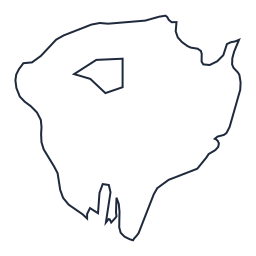 outline of Pampanga
{"feature_id": "PHL-2558", "entity_name": "Pampanga", "entity_type": "Province", "adm_level": 1, "iso_a3": "PHL", "parent_name": "Philippines", "parent_adm1": "", "projection": "natural_earth1", "projection_center": [120.674, 15.026], "detail": "fine", "context": "isolated", "style": "outline", "palette": "slate", "viewbox_px": 256, "rotation_deg": 0, "n_neighbors": 0, "source": "natural_earth", "source_scale": "10m", "svg_char_len": 1350}
<svg xmlns="http://www.w3.org/2000/svg" viewBox="0 0 256 256"><path d="M133.0,240.3L129.9,239.3L124.6,236.7L120.7,232.8L119.2,227.3L119.5,211.7L118.8,204.1L116.5,197.7L116.0,212.4L116.5,216.3L115.4,217.9L111.2,222.5L109.8,219.4L108.6,219.1L105.9,222.5L110.5,192.2L108.8,185.0L102.7,184.1L99.5,192.9L98.0,213.2L90.0,208.1L87.1,214.0L87.1,218.5L82.5,214.2L68.7,204.7L63.1,197.9L60.2,189.9L57.6,173.2L54.1,166.5L43.7,149.4L41.5,142.3L41.1,134.2L41.5,126.9L40.8,119.9L37.0,112.5L30.8,106.2L24.8,101.8L19.8,96.6L16.4,88.0L15.4,80.4L16.2,74.6L18.9,69.2L23.4,63.2L32.0,62.4L40.9,55.9L56.2,39.6L63.9,35.3L91.3,24.6L99.8,23.0L108.1,23.7L145.2,20.6L159.1,16.7L165.5,15.7L167.2,17.0L168.8,19.9L171.6,22.2L176.5,22.1L175.7,31.3L177.8,37.5L182.0,42.1L187.5,46.1L190.8,47.6L197.6,48.7L200.9,51.0L201.7,53.8L201.6,61.6L203.3,64.4L209.7,65.0L217.2,61.3L223.3,55.2L226.9,44.1L230.6,42.3L235.2,41.4L239.0,39.8L234.1,51.7L232.3,58.3L232.1,64.4L233.5,67.8L238.0,72.6L239.4,75.0L240.6,82.5L240.2,89.9L229.6,127.0L226.4,133.1L223.9,134.9L217.5,136.6L214.8,138.8L215.8,139.2L217.7,140.8L218.9,143.5L218.2,146.9L215.3,150.1L208.7,154.0L206.4,157.5L197.3,168.7L168.7,179.8L157.3,188.1L153.8,194.2L138.6,233.1L136.5,235.9L134.1,238.5L133.0,240.3ZM105.4,93.1L122.6,87.2L122.6,58.7L96.3,59.9L74.1,74.1L90.3,78.9L105.4,93.1Z" fill="none" stroke="#1e293b" stroke-width="2"/></svg>